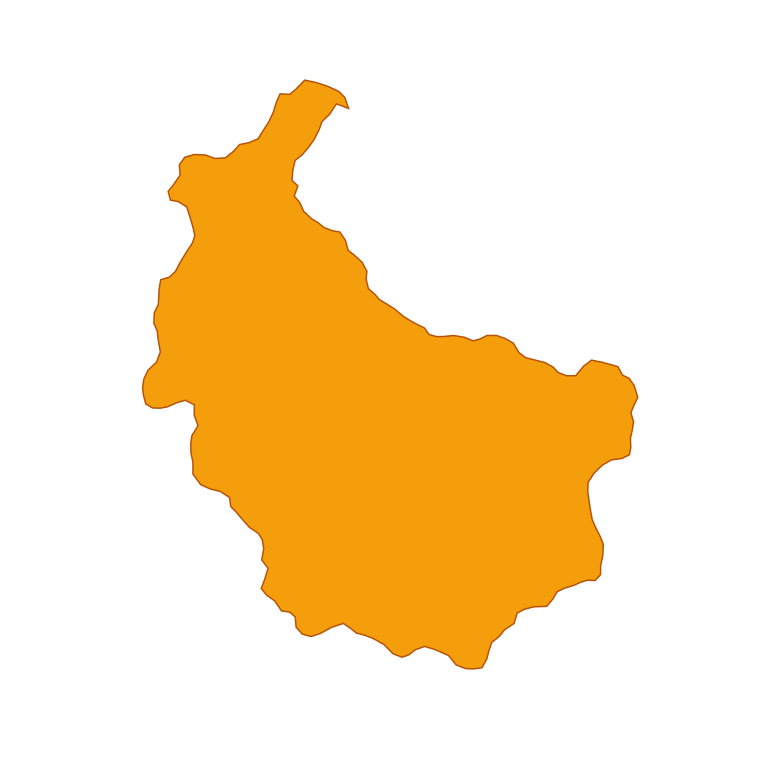 Santo Antônio do Itambé, Minas Gerais, Brazil (Albers equal-area conic projection), rotated 199°
{"feature_id": "56859067B65997066860762", "entity_name": "Santo Antônio do Itambé", "entity_type": "district", "adm_level": 2, "iso_a3": "BRA", "parent_name": "Brazil", "parent_adm1": "Minas Gerais", "projection": "albers", "projection_center": [-43.26, -18.494], "detail": "fine", "context": "isolated", "style": "filled", "palette": "amber", "viewbox_px": 768, "rotation_deg": 199, "n_neighbors": 0, "source": "geoboundaries", "source_scale": "gbopen_adm2", "svg_char_len": 2679}
<svg xmlns="http://www.w3.org/2000/svg" viewBox="0 0 768 768"><g transform="rotate(199 384 384)"><path d="M612.4,353.3L605.9,341.5L606.2,330.8L611.7,320.0L612.7,310.0L611.0,301.7L607.8,295.1L602.7,287.5L595.1,286.0L587.7,288.3L581.5,291.8L573.6,299.0L566.6,303.9L556.6,302.6L553.2,292.6L546.3,284.1L548.8,272.6L547.4,265.0L544.2,256.2L539.1,247.7L535.4,236.7L524.5,229.1L514.1,228.2L503.6,229.1L493.0,226.4L489.1,218.3L482.8,215.2L475.2,210.7L464.5,204.6L454.3,201.9L448.5,197.3L444.1,189.1L442.3,177.8L433.6,172.0L433.2,160.5L433.5,150.7L426.0,146.0L416.8,143.4L407.0,136.1L399.0,137.6L392.2,134.9L387.8,125.3L379.7,120.9L370.8,121.5L363.1,127.3L354.4,136.8L344.5,144.4L335.5,141.9L329.0,139.5L321.1,140.2L311.6,139.9L299.0,137.6L287.7,131.9L278.2,131.5L272.7,135.6L267.6,143.2L260.1,149.1L250.2,149.5L234.6,148.3L224.2,141.8L214.0,141.5L206.8,143.7L199.0,147.6L197.3,157.4L198.0,165.9L198.0,174.7L192.7,183.2L190.0,190.8L183.1,199.9L183.5,210.8L177.7,216.9L169.8,222.1L157.8,226.7L154.2,236.0L152.7,243.9L147.2,249.4L139.0,255.4L133.7,260.4L128.0,264.6L120.3,267.0L117.2,274.3L120.0,282.7L121.2,292.6L124.4,303.7L130.2,310.5L136.3,316.3L143.0,323.6L148.4,333.2L153.0,342.0L156.4,348.8L159.0,357.6L156.4,367.9L151.3,378.2L144.4,386.2L135.0,390.9L128.9,397.0L130.0,404.3L133.3,412.8L134.3,421.4L135.7,429.5L141.2,437.2L140.8,444.8L139.7,454.0L147.0,464.0L154.2,469.2L161.4,470.0L168.4,476.5L175.7,476.2L185.2,475.5L195.6,474.1L201.1,465.8L205.4,454.3L214.1,451.2L223.2,451.6L229.4,455.0L238.9,456.7L249.3,455.8L258.7,455.0L266.7,457.7L275.0,464.7L284.4,466.5L293.6,466.5L302.3,463.5L308.0,457.7L313.9,453.8L323.4,454.3L334.1,452.5L342.6,448.5L349.7,445.9L357.7,445.5L363.9,450.1L371.8,451.1L379.2,452.3L387.8,454.3L397.6,458.1L406.8,460.4L415.8,462.3L421.6,465.7L429.9,469.2L435.0,477.2L436.9,485.0L444.5,492.1L454.5,496.3L461.4,498.7L467.2,507.2L475.1,513.3L482.9,512.1L492.0,512.5L498.9,515.1L506.1,516.6L516.3,521.2L522.8,528.2L530.0,532.4L530.0,543.4L537.3,546.5L539.8,556.4L540.8,566.4L536.2,573.7L532.5,582.8L529.7,592.3L528.1,603.5L528.1,611.8L523.2,621.5L520.2,633.4L507.2,633.0L514.4,642.2L521.9,645.9L533.6,647.1L545.9,647.0L557.9,645.5L563.3,634.0L567.4,627.2L576.7,624.5L577.5,615.0L577.1,605.4L578.3,593.9L581.1,582.9L582.9,574.9L590.6,568.0L598.5,563.4L602.1,554.9L607.7,546.1L617.4,542.2L627.2,542.4L638.0,539.3L646.1,533.6L648.9,524.7L644.8,515.1L647.5,505.3L650.8,495.8L645.7,488.3L638.4,489.5L628.2,487.3L621.7,478.5L615.6,470.0L611.2,462.7L611.0,455.1L613.4,446.0L616.3,432.9L617.8,422.6L621.9,415.0L629.1,409.9L627.5,400.5L625.1,392.3L623.3,385.5L624.4,376.7L621.5,366.7L615.7,360.3L612.4,353.3Z" fill="#f59e0b" stroke="#b45309" stroke-width="1.5"/></g></svg>